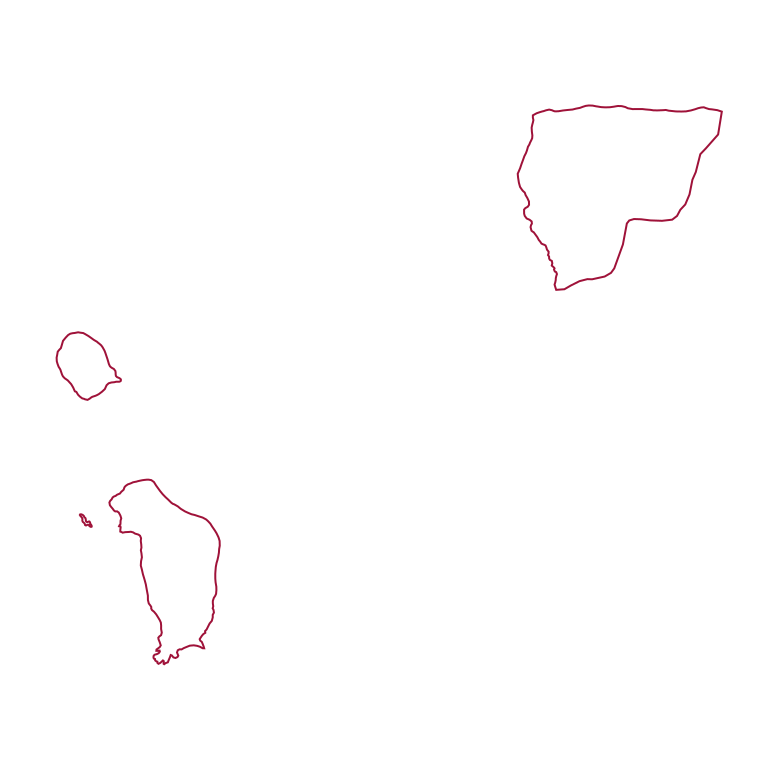 the district of Tongariki, Shefa, Vanuatu, rotated 92°
{"feature_id": "77236927B69606331838756", "entity_name": "Tongariki", "entity_type": "district", "adm_level": 2, "iso_a3": "VUT", "parent_name": "Vanuatu", "parent_adm1": "Shefa", "projection": "orthographic", "projection_center": [168.594, -16.963], "detail": "fine", "context": "isolated", "style": "outline", "palette": "rose", "viewbox_px": 768, "rotation_deg": 92, "n_neighbors": 0, "source": "geoboundaries", "source_scale": "gbopen_adm2", "svg_char_len": 6014}
<svg xmlns="http://www.w3.org/2000/svg" viewBox="0 0 768 768"><g transform="rotate(92 384 384)"><path d="M100.0,55.9L98.7,60.4L98.1,65.7L97.9,68.8L97.0,72.0L96.3,74.0L96.6,76.7L97.4,79.7L98.5,82.5L99.9,86.8L101.0,91.7L101.1,93.2L101.3,96.0L101.4,101.8L100.9,109.0L100.3,111.9L100.6,114.6L101.0,119.9L101.1,124.2L100.7,127.5L100.5,131.8L100.2,135.6L100.4,140.7L100.6,145.1L99.9,150.0L98.8,152.4L98.0,156.1L98.0,159.9L98.3,161.5L98.8,163.8L99.5,167.8L99.8,172.4L99.7,176.7L99.2,180.5L99.1,181.6L98.5,185.2L98.5,189.0L99.0,192.1L100.0,194.9L101.2,197.8L102.1,201.7L103.1,205.1L103.7,209.8L104.4,214.6L105.3,219.1L105.5,221.5L105.5,223.1L105.1,224.3L104.5,225.8L104.0,228.5L104.8,231.6L105.8,234.2L106.0,235.1L106.9,237.8L108.1,240.9L109.1,242.6L110.3,244.6L112.7,244.5L115.0,243.9L117.3,244.3L119.8,244.9L122.7,245.4L126.8,245.0L130.4,244.4L133.2,244.5L135.2,245.3L137.8,246.5L139.6,247.1L141.9,248.4L145.6,249.3L148.3,250.2L151.5,251.7L155.9,253.1L159.2,254.2L163.6,255.5L166.7,256.7L169.2,257.7L173.0,257.2L178.2,256.2L182.3,254.9L184.8,253.1L186.2,251.9L187.2,250.7L187.8,250.0L190.4,249.0L193.0,247.3L196.0,245.8L196.5,245.5L199.9,245.3L201.8,246.5L202.0,246.8L203.3,248.9L204.8,250.1L208.9,249.9L211.1,249.2L213.6,247.2L214.8,244.2L216.4,242.1L218.6,241.8L220.1,242.6L222.1,243.0L225.6,242.0L226.4,241.0L227.2,239.6L231.9,235.9L234.7,234.3L236.1,233.0L238.2,231.5L239.0,229.6L239.2,228.8L239.9,227.4L241.9,226.5L244.0,225.8L246.0,224.1L247.9,224.1L249.4,224.6L250.8,223.5L252.9,223.3L254.2,222.5L255.1,220.6L257.5,220.0L259.8,220.5L261.2,218.7L262.4,217.6L263.7,218.1L265.6,217.2L266.2,215.8L268.1,215.0L270.1,215.6L272.2,216.0L274.1,216.0L276.5,216.4L278.7,217.0L281.1,216.2L283.9,215.2L283.0,207.0L279.1,200.8L274.4,192.2L272.1,184.4L272.1,179.7L268.9,167.2L265.0,161.0L260.4,157.9L236.2,150.1L215.1,146.9L212.0,144.6L210.4,139.9L210.4,132.9L211.2,123.5L211.2,111.8L209.7,101.7L205.8,97.0L199.5,93.9L194.1,89.2L183.9,85.3L169.1,82.9L161.3,79.8L143.3,75.9L137.1,70.4L123.0,58.8L100.0,55.9ZM573.0,620.7L574.0,620.7L577.9,619.5L582.5,618.3L587.8,616.5L592.7,615.0L594.7,614.6L598.8,613.7L603.7,612.6L608.1,612.4L611.6,611.4L613.6,609.7L615.0,608.8L616.6,608.8L618.1,607.9L619.6,605.9L622.2,603.6L625.3,601.5L627.8,599.9L630.2,598.7L633.1,598.3L636.7,598.2L640.2,597.4L642.8,598.0L644.0,599.6L645.4,600.7L647.1,600.4L649.7,599.2L653.0,598.0L654.7,598.9L656.3,600.8L657.3,602.1L658.6,602.2L658.6,600.9L658.3,599.0L659.3,598.7L660.9,599.8L661.9,601.6L662.6,603.9L663.9,604.8L665.7,604.8L666.7,604.1L666.9,603.2L668.2,603.0L668.3,603.0L669.2,601.7L669.4,600.8L670.8,600.6L671.5,599.6L670.5,597.8L669.3,596.6L668.0,595.3L668.7,594.4L671.3,594.5L671.7,593.9L670.5,592.4L669.7,590.3L668.4,589.9L664.5,588.4L662.3,587.7L662.7,586.5L664.6,584.9L665.1,582.8L664.1,580.9L662.7,580.1L659.5,581.5L657.3,580.8L656.3,579.1L656.3,577.0L655.0,575.0L653.8,572.4L652.3,569.0L652.1,567.5L651.8,565.0L652.2,561.6L653.0,558.8L654.4,556.1L654.4,554.5L653.1,554.9L650.2,556.1L648.1,557.1L646.9,558.7L645.4,559.3L642.1,557.3L640.2,555.8L638.9,553.9L637.2,554.2L635.5,552.7L632.2,551.2L629.4,549.9L626.7,547.8L623.2,547.0L620.7,547.1L618.4,546.0L615.7,546.5L614.2,547.4L612.1,546.9L609.2,547.4L606.8,547.5L603.7,546.6L601.6,545.3L599.6,544.5L595.9,544.3L592.4,544.5L588.0,545.4L584.5,545.8L579.6,546.0L576.5,545.9L572.6,545.7L568.7,545.1L565.7,544.3L562.0,543.6L558.3,543.1L555.0,543.0L554.7,543.0L551.4,542.5L546.6,542.8L543.1,544.0L540.8,545.2L539.1,546.1L536.5,547.8L532.3,550.9L529.6,552.7L528.5,553.8L527.2,555.1L525.6,557.0L523.8,560.6L522.7,564.6L521.5,568.7L521.3,569.7L520.9,571.8L519.7,575.0L518.3,578.4L516.0,582.5L515.3,583.5L513.5,585.8L511.6,589.4L511.2,590.6L511.1,590.9L510.0,592.5L509.8,592.7L507.1,595.6L504.7,598.4L501.8,601.4L498.7,604.1L493.3,608.3L490.0,610.5L488.2,613.2L487.9,615.3L487.8,616.1L487.9,617.7L488.2,619.9L488.6,622.2L489.2,624.7L489.8,626.9L490.2,628.0L490.5,629.4L491.0,631.4L492.2,633.8L493.3,636.6L494.9,638.7L496.3,639.8L498.7,640.5L498.8,640.6L499.8,641.6L500.9,642.8L502.7,644.1L503.6,646.1L504.1,647.1L505.2,648.3L505.8,649.9L506.8,651.2L508.8,652.2L510.4,653.6L512.0,654.3L514.7,653.7L516.0,652.7L516.8,652.0L518.1,650.8L519.8,649.5L520.7,648.2L520.6,646.3L521.7,644.6L524.6,642.9L527.4,641.9L529.8,642.5L533.2,642.5L534.4,643.4L535.4,643.8L535.6,642.4L536.7,642.2L538.5,642.4L540.7,642.4L541.3,640.7L541.7,640.0L541.1,637.5L540.8,634.1L540.5,631.8L541.1,629.4L542.2,627.6L542.8,625.2L543.1,624.1L543.5,623.5L544.2,622.5L546.6,621.4L549.3,621.6L552.9,621.0L556.0,620.7L558.6,621.2L561.6,620.5L565.7,619.9L569.5,620.6L573.0,620.7ZM381.0,707.9L382.9,707.2L385.8,706.1L387.6,705.1L389.4,703.3L391.4,700.2L395.1,696.6L398.4,694.5L402.1,692.7L402.6,691.2L405.4,689.4L407.2,687.5L408.9,685.1L409.3,683.2L409.7,682.4L410.2,679.7L408.9,677.6L407.7,676.2L407.0,675.1L405.9,672.1L405.3,670.8L404.1,668.7L401.5,665.5L398.8,662.8L394.9,661.2L392.9,659.2L392.0,656.5L391.6,653.5L391.1,651.8L391.0,649.1L390.9,648.4L390.3,647.3L389.1,647.0L388.1,647.5L387.6,648.3L387.3,648.8L386.4,651.1L385.3,652.2L383.8,652.5L382.1,652.6L380.4,652.9L378.4,654.5L377.4,656.5L376.6,657.7L375.7,658.6L373.5,659.7L371.6,660.3L368.6,661.3L365.7,662.4L362.5,663.6L360.4,664.5L357.1,666.5L355.2,668.0L353.5,670.1L352.9,671.0L351.8,672.3L351.1,673.6L350.0,675.6L348.3,678.1L346.4,681.0L344.5,684.5L343.6,686.3L343.3,689.3L343.0,691.5L343.8,694.9L344.1,697.0L344.7,699.3L346.1,701.4L348.7,703.7L352.1,706.3L356.5,707.4L359.5,708.2L361.0,709.6L363.1,711.2L366.1,711.6L369.1,712.1L372.7,711.8L375.2,711.0L378.1,709.8L380.0,708.5L381.0,707.9ZM530.8,677.2L529.3,677.4L528.3,677.8L527.6,678.8L526.3,679.4L525.3,680.6L524.8,682.0L524.9,683.1L525.5,683.4L526.7,682.6L527.8,681.4L529.2,680.7L531.2,680.7L532.3,680.2L533.0,679.2L534.2,678.2L535.4,677.8L535.8,676.9L535.0,675.3L535.0,674.2L536.3,673.4L536.9,672.4L537.0,671.9L536.9,671.3L536.3,671.1L535.5,671.4L534.6,672.0L534.1,672.5L533.4,672.8L532.6,672.9L531.7,673.6L531.7,674.1L532.1,675.0L532.4,676.0L531.8,676.9L530.8,677.2Z" fill="none" stroke="#9f1239" stroke-width="2"/></g></svg>